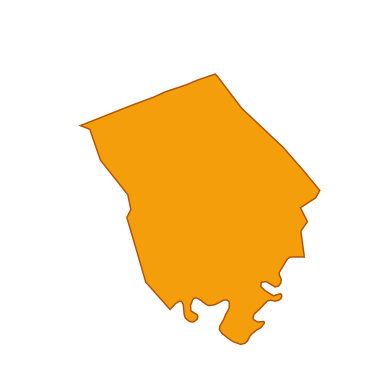 the district of Berkeley, West Virginia, United States of America, rotated 119°
{"feature_id": "52423323B11679801882970", "entity_name": "Berkeley", "entity_type": "district", "adm_level": 2, "iso_a3": "USA", "parent_name": "United States of America", "parent_adm1": "West Virginia", "projection": "albers", "projection_center": [-77.931, 39.442], "detail": "fine", "context": "isolated", "style": "filled", "palette": "amber", "viewbox_px": 384, "rotation_deg": 119, "n_neighbors": 0, "source": "geoboundaries", "source_scale": "gbopen_adm2", "svg_char_len": 1480}
<svg xmlns="http://www.w3.org/2000/svg" viewBox="0 0 384 384"><g transform="rotate(119 192 192)"><path d="M194.4,62.2L173.5,77.8L161.9,76.7L153.2,89.6L137.1,81.0L128.7,81.0L120.0,103.0L108.8,133.9L94.7,189.1L78.4,226.2L77.6,228.9L90.7,240.8L100.9,248.9L117.4,264.0L127.1,271.1L145.3,286.7L160.6,299.3L161.5,300.0L188.0,321.8L186.7,311.8L208.6,287.4L225.5,246.8L236.8,237.1L245.9,236.6L271.7,210.4L293.2,188.8L305.4,154.2L297.6,152.3L293.4,150.0L293.0,148.6L292.8,148.0L294.3,145.4L303.3,139.1L305.5,136.6L306.4,132.1L306.3,130.7L305.4,128.3L304.4,127.4L300.8,125.8L298.9,126.2L297.7,126.9L296.8,128.3L296.5,135.4L291.8,138.3L285.8,139.2L283.8,138.7L283.1,137.7L282.4,136.8L282.4,131.6L283.0,129.1L283.4,124.2L283.4,123.0L282.8,121.6L279.4,117.3L270.9,111.7L269.5,108.8L269.7,107.3L270.1,106.4L271.1,105.5L275.4,103.3L278.7,103.0L282.6,103.2L288.2,102.5L295.9,102.6L299.2,101.2L300.1,99.4L300.9,97.8L302.3,90.3L302.8,85.9L302.9,83.1L301.7,75.8L300.7,74.4L298.2,72.1L295.5,71.3L289.5,71.4L287.1,70.8L280.9,68.4L277.5,66.1L271.7,65.1L270.6,66.0L270.6,66.8L273.5,70.7L273.9,72.0L273.7,76.5L272.3,77.9L268.7,78.4L267.8,78.1L261.4,76.0L255.0,74.5L250.4,73.0L248.6,71.0L247.1,66.4L244.8,63.7L242.2,62.6L239.7,62.9L238.3,64.1L238.1,65.4L243.3,70.4L242.8,80.6L241.3,86.0L237.3,87.7L234.4,83.6L234.7,73.2L232.3,70.7L228.3,70.2L224.9,71.8L222.1,75.6L220.3,76.7L211.8,76.4L205.6,76.2L203.2,75.6L201.3,74.5L200.6,73.6L194.4,62.2Z" fill="#f59e0b" stroke="#b45309" stroke-width="1.5"/></g></svg>